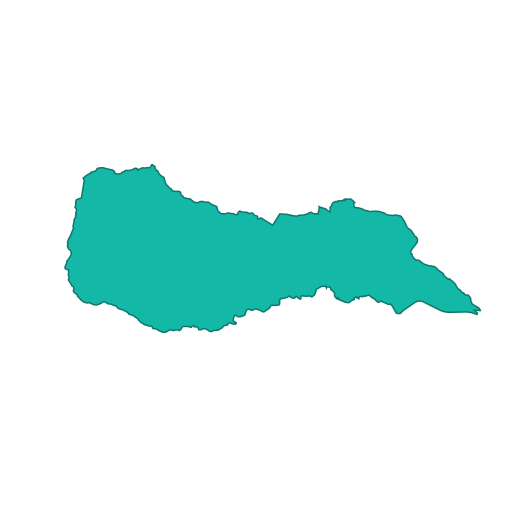 outline of La Magdalena Contreras, Distrito Federal, Mexico, rotated 65°
{"feature_id": "50627088B92108463295960", "entity_name": "La Magdalena Contreras", "entity_type": "district", "adm_level": 2, "iso_a3": "MEX", "parent_name": "Mexico", "parent_adm1": "Distrito Federal", "projection": "robinson", "projection_center": [-99.262, 19.275], "detail": "fine", "context": "isolated", "style": "filled", "palette": "teal", "viewbox_px": 512, "rotation_deg": 65, "n_neighbors": 0, "source": "geoboundaries", "source_scale": "gbopen_adm2", "svg_char_len": 6135}
<svg xmlns="http://www.w3.org/2000/svg" viewBox="0 0 512 512"><g transform="rotate(65 256 256)"><path d="M129.1,394.9L130.3,396.3L133.0,397.5L135.6,399.5L137.3,398.8L139.4,399.7L140.9,401.3L141.8,401.2L143.0,402.4L144.0,402.5L146.5,405.8L147.9,406.3L151.8,409.3L153.8,409.8L159.5,416.0L160.4,417.4L162.0,419.2L164.5,421.4L165.7,421.4L167.5,422.8L170.1,422.9L172.8,421.8L173.6,421.7L176.4,422.7L177.1,423.4L179.4,426.9L180.8,429.7L182.4,430.6L185.3,433.8L186.3,434.2L187.2,434.1L189.6,431.8L194.7,434.4L195.6,434.1L196.4,434.4L198.1,436.0L198.7,436.1L201.2,435.9L202.6,435.5L204.8,435.6L206.7,434.5L209.0,434.9L209.8,435.9L210.5,436.3L212.3,436.2L215.0,434.6L215.7,434.4L216.4,434.6L217.5,434.6L222.8,432.8L223.4,432.2L224.2,432.0L225.4,431.2L227.5,428.4L227.8,426.6L228.7,426.1L231.8,423.4L232.5,421.8L232.9,421.6L233.4,417.6L233.0,413.2L234.5,411.7L235.9,411.0L237.0,410.1L237.8,408.5L239.0,407.1L241.1,405.5L241.7,404.1L244.7,403.3L247.0,401.5L247.8,400.1L252.2,396.6L254.5,395.7L255.3,395.7L255.8,394.8L259.1,391.7L260.2,391.3L262.4,389.9L266.2,389.0L268.6,387.7L271.3,385.9L274.5,382.2L275.4,380.2L278.3,380.0L279.4,378.0L280.7,376.6L282.6,375.6L285.8,372.6L286.9,369.7L286.9,368.1L286.4,365.4L288.6,362.4L289.1,359.9L289.9,358.2L291.1,357.1L291.0,355.8L290.7,354.8L289.6,353.6L289.1,352.6L289.2,351.4L291.1,347.5L293.3,344.9L293.1,344.2L292.4,343.4L292.7,342.0L294.1,341.9L294.5,341.3L294.6,340.1L296.4,339.0L297.1,338.7L298.6,339.0L299.6,336.9L299.7,334.4L300.2,332.9L301.6,331.9L302.2,331.2L303.8,330.5L305.5,328.8L305.7,328.2L305.6,325.8L306.8,322.8L306.7,322.5L307.2,321.7L306.7,316.9L305.6,314.4L306.1,312.3L306.6,311.2L305.6,309.9L305.2,308.3L305.5,307.8L307.6,306.0L309.0,303.9L309.0,303.0L308.5,302.2L307.9,302.3L305.9,303.7L304.3,303.7L303.7,303.4L301.6,301.5L300.6,299.9L302.9,298.5L303.8,297.2L304.5,295.7L304.9,292.2L304.6,290.9L301.2,287.7L300.9,286.9L301.2,284.5L302.7,283.8L303.7,282.2L303.7,280.9L303.5,279.9L303.7,278.9L306.5,275.6L309.3,273.6L310.0,272.4L309.1,266.6L308.5,265.0L307.9,264.7L307.1,263.4L309.6,257.6L310.0,255.4L309.1,254.6L308.7,254.8L307.5,253.8L306.8,253.5L306.5,253.8L305.5,252.6L305.3,251.6L306.7,245.4L306.4,242.5L308.2,241.9L310.3,239.8L310.4,238.7L309.6,237.2L309.8,236.5L313.3,234.7L313.8,234.2L313.7,233.4L312.9,233.2L311.6,232.0L311.3,230.9L311.6,230.5L312.1,230.3L313.9,227.1L314.9,224.2L316.7,222.7L316.6,221.7L316.2,221.0L316.0,219.5L314.2,217.4L312.8,216.2L311.9,216.1L311.8,215.8L311.2,209.8L312.0,207.4L313.1,205.6L314.8,205.7L313.9,204.9L315.2,202.4L317.0,201.8L317.8,202.3L322.0,200.4L325.7,201.7L327.0,201.3L328.8,201.1L329.1,200.6L328.4,199.8L328.5,199.2L329.3,199.1L330.1,199.5L331.5,198.4L331.9,197.8L332.7,197.5L333.8,196.2L335.5,194.9L337.2,192.3L337.6,191.2L337.0,189.3L336.7,186.3L337.0,185.4L336.1,184.8L335.4,184.8L335.3,182.7L335.6,182.8L336.4,182.4L338.2,180.8L336.4,179.8L337.2,177.9L337.4,176.4L338.0,176.5L338.2,174.1L338.7,173.9L339.0,170.5L340.8,169.3L343.4,168.1L345.4,166.4L347.2,166.1L349.5,165.0L349.9,164.3L349.5,162.6L349.8,161.8L355.9,156.3L356.5,154.4L359.1,153.6L366.5,153.1L367.3,152.9L367.7,152.4L369.1,149.6L367.6,145.4L365.3,132.1L365.2,129.3L365.8,127.0L366.7,125.4L367.7,124.2L383.1,111.9L385.0,110.2L387.0,107.6L388.7,104.7L395.6,88.9L398.5,84.4L402.4,80.4L401.3,79.5L397.3,81.1L400.2,75.8L398.1,75.7L395.4,77.2L394.0,78.4L390.9,80.3L390.3,80.5L389.0,80.2L388.1,80.5L385.1,79.4L381.8,79.9L380.7,80.7L380.4,82.0L380.1,82.4L378.9,83.2L377.5,83.3L376.9,83.7L376.1,84.8L374.4,85.1L372.5,85.7L371.1,86.9L365.6,87.3L362.9,88.2L358.3,90.4L358.6,91.2L358.4,91.6L353.2,93.9L351.0,93.8L345.6,96.9L343.6,97.5L340.8,98.9L340.0,100.4L339.1,101.2L338.5,102.7L335.1,106.4L333.6,107.6L328.7,110.2L327.8,111.5L327.6,112.3L325.5,113.7L321.7,114.4L320.4,113.8L319.3,114.3L317.9,114.5L316.0,112.3L311.8,104.2L309.8,102.8L308.1,102.5L306.1,102.9L305.4,103.7L304.9,103.8L302.7,103.9L297.8,104.8L295.2,106.4L293.7,107.0L288.0,106.8L285.8,107.1L285.2,107.4L283.6,107.2L281.9,107.7L280.6,108.3L279.0,110.7L278.8,110.7L277.9,112.2L277.2,114.7L274.5,119.3L273.4,120.4L272.5,120.7L270.9,122.0L267.6,125.6L267.1,126.8L265.9,128.6L264.5,132.2L264.1,134.0L262.4,135.5L260.6,138.0L257.2,140.8L256.9,141.7L256.0,142.3L254.9,144.1L253.7,146.2L251.5,146.0L249.6,145.2L249.2,144.5L249.3,144.0L247.3,144.6L244.6,145.9L243.1,149.2L242.1,150.6L242.1,151.7L242.6,151.0L243.3,151.8L240.6,158.9L241.3,159.5L240.1,161.2L240.4,164.2L240.7,164.8L242.3,166.2L243.4,168.4L246.7,169.7L247.4,170.3L245.8,171.4L242.4,173.2L239.9,176.2L237.9,178.0L239.7,178.4L240.2,179.1L242.2,180.5L242.5,181.0L244.1,181.7L242.0,186.0L239.7,187.5L239.3,189.9L239.7,190.9L238.8,196.3L238.1,198.1L237.6,198.6L237.2,200.5L237.3,201.8L235.5,204.9L231.5,210.1L227.9,216.6L235.1,227.9L223.6,235.4L223.5,237.9L222.8,238.8L221.7,238.2L220.8,237.9L220.3,238.0L219.2,239.5L217.8,240.5L216.3,240.7L215.5,241.1L214.5,244.3L212.6,245.7L210.7,249.3L209.6,250.7L208.4,251.6L208.9,253.8L210.0,254.4L210.4,255.2L210.0,257.0L208.2,258.5L205.9,262.3L205.2,262.8L204.7,266.5L202.8,269.8L199.4,271.3L197.6,271.3L194.9,270.7L194.2,270.9L190.9,274.1L186.8,276.6L186.3,278.6L184.4,280.8L183.1,283.3L183.0,284.6L183.2,285.4L182.6,287.4L180.4,289.7L176.1,291.7L175.7,292.8L174.9,294.0L173.8,295.2L173.2,296.5L170.8,297.1L168.7,298.1L167.5,297.9L166.7,297.5L165.9,297.6L164.4,299.2L163.3,302.1L162.7,302.5L162.2,303.8L160.5,304.5L159.3,304.5L158.4,305.3L154.8,306.6L152.5,307.2L150.8,307.1L146.1,306.2L142.5,308.5L140.0,309.1L137.3,309.1L136.0,310.2L133.6,310.3L132.8,309.9L132.0,309.9L131.5,310.1L131.0,310.7L129.6,311.2L129.3,312.2L131.0,314.5L131.1,315.2L130.0,317.0L129.2,320.0L128.1,321.4L128.3,322.5L127.8,323.7L128.2,324.8L128.2,326.9L127.5,327.1L127.1,326.6L126.9,326.6L126.4,327.4L125.9,327.5L125.3,328.7L125.5,332.0L125.1,333.7L124.7,335.2L123.3,337.9L123.7,339.9L124.0,340.9L123.6,341.3L123.5,342.1L124.2,343.1L123.9,345.5L121.5,349.0L121.0,349.2L119.8,348.5L119.5,348.5L117.8,349.4L117.0,350.2L115.9,351.8L111.2,357.6L110.0,360.7L109.6,362.6L109.9,363.5L110.7,364.2L111.1,365.6L110.4,370.3L111.1,371.0L111.3,375.5L112.3,379.7L114.7,379.6L129.6,389.7L129.1,394.9Z" fill="#14b8a6" stroke="#0f766e" stroke-width="1.5"/></g></svg>